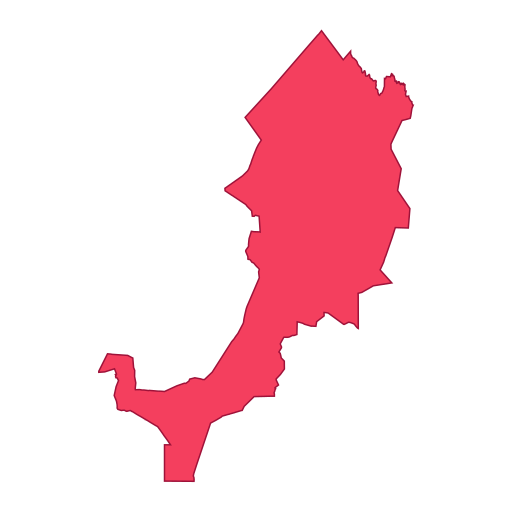 Asunción Ixtaltepec, Oaxaca, Mexico
{"feature_id": "50627088B96030209859485", "entity_name": "Asunción Ixtaltepec", "entity_type": "district", "adm_level": 2, "iso_a3": "MEX", "parent_name": "Mexico", "parent_adm1": "Oaxaca", "projection": "equal_earth", "projection_center": [-94.983, 16.644], "detail": "fine", "context": "isolated", "style": "filled", "palette": "rose", "viewbox_px": 512, "rotation_deg": 0, "n_neighbors": 0, "source": "geoboundaries", "source_scale": "gbopen_adm2", "svg_char_len": 5838}
<svg xmlns="http://www.w3.org/2000/svg" viewBox="0 0 512 512"><path d="M278.5,385.0L276.2,380.0L276.1,379.0L280.4,374.5L284.4,369.0L284.3,361.1L281.3,358.0L281.1,357.2L280.8,355.7L280.2,353.3L278.9,352.0L279.5,351.0L280.4,349.5L281.4,347.9L281.5,347.4L281.5,347.0L281.3,346.4L280.4,344.4L280.3,344.0L280.3,343.7L281.2,342.0L283.7,337.4L284.1,337.2L287.0,337.3L288.2,337.2L289.5,336.9L292.1,335.6L292.7,335.4L293.6,335.5L294.6,335.3L296.9,334.5L296.9,333.9L297.2,321.8L299.8,322.4L302.2,323.1L302.9,323.3L304.4,324.2L311.3,326.2L311.7,326.1L315.9,326.3L316.6,322.0L316.6,321.7L324.1,315.9L324.0,312.5L324.7,312.5L327.6,312.9L328.4,313.2L343.6,324.3L344.1,324.4L345.7,323.7L348.4,322.3L349.2,322.3L350.6,322.6L352.8,323.4L353.9,323.9L354.6,324.4L355.3,325.5L357.0,327.5L357.7,328.2L358.3,328.5L358.2,295.9L358.1,293.3L361.8,292.4L373.3,285.8L391.8,282.9L380.1,269.9L383.6,262.2L384.5,259.3L384.9,257.8L385.8,255.8L392.1,237.6L395.3,227.6L408.3,228.0L409.9,208.6L397.6,190.6L401.2,168.7L391.1,149.2L390.9,144.2L391.9,141.9L402.0,120.5L406.0,119.5L410.2,118.3L410.8,115.8L411.3,112.4L411.9,108.5L413.2,105.2L412.7,105.2L411.8,102.8L411.9,101.8L410.9,101.2L409.4,99.0L408.6,96.9L408.6,96.1L406.2,96.5L405.5,94.3L406.1,91.1L405.3,91.1L404.8,90.4L405.1,89.2L404.8,87.0L405.0,84.7L404.7,84.5L404.5,84.2L404.1,84.5L403.8,84.8L403.4,84.9L403.3,83.3L402.2,83.6L402.2,84.2L401.5,84.3L401.4,84.1L401.2,84.7L401.1,84.0L400.6,84.6L400.3,84.5L400.2,83.4L400.1,83.1L399.8,82.9L399.4,82.9L399.1,82.4L399.1,81.8L398.5,81.7L398.4,82.6L396.8,83.3L396.4,82.3L396.8,81.7L396.4,81.0L395.8,81.0L395.5,81.4L394.8,81.0L394.9,79.4L394.3,77.7L394.3,76.9L393.7,75.8L392.3,75.7L392.7,74.4L391.5,73.7L390.3,76.8L386.5,76.5L385.5,78.7L384.5,78.4L384.4,86.7L384.2,87.2L384.1,87.4L383.9,87.9L383.7,88.8L383.1,90.6L382.4,92.0L382.1,92.7L381.7,93.2L381.4,93.4L381.0,93.4L380.6,93.6L380.4,93.9L380.1,94.6L379.8,95.1L379.4,95.4L378.5,94.5L378.3,93.9L378.2,93.1L377.8,92.3L377.7,91.9L377.8,90.8L377.8,90.4L377.2,89.5L376.9,89.2L376.6,88.9L376.2,88.8L375.9,88.5L375.7,88.0L375.8,87.0L375.9,86.4L376.0,85.9L376.2,85.3L376.1,84.7L376.0,84.4L375.9,83.5L376.2,81.7L376.1,81.2L375.9,80.7L375.5,80.5L375.1,80.4L374.6,80.7L374.2,80.8L373.3,80.9L372.8,80.3L372.4,79.9L371.9,79.1L371.5,78.7L370.9,78.8L370.6,78.6L370.0,77.7L369.6,76.1L369.6,75.4L369.5,75.0L369.1,74.5L367.3,76.1L366.9,76.0L366.5,76.1L366.0,76.1L365.7,75.8L365.5,75.3L365.5,74.8L365.6,74.3L365.3,73.0L365.2,72.2L365.1,71.8L365.0,71.5L364.8,71.1L364.7,70.8L364.2,70.9L363.8,71.9L362.8,72.7L362.5,72.9L362.2,72.7L361.6,70.5L361.5,69.7L361.4,69.0L361.3,68.5L361.0,68.1L360.6,67.7L360.3,67.2L360.0,66.9L359.2,66.2L358.8,65.7L358.1,64.7L357.5,63.5L357.3,62.8L357.1,62.0L356.7,61.3L356.3,60.7L355.9,60.3L355.4,59.7L355.0,59.4L353.9,58.3L353.3,58.1L352.7,57.7L352.1,57.2L351.9,56.5L351.6,55.8L351.2,55.2L350.6,53.7L350.6,51.2L343.2,59.8L321.5,30.7L318.4,34.6L317.8,35.0L313.4,40.1L310.3,43.6L271.1,89.0L245.1,117.4L261.3,140.1L258.4,144.6L256.6,148.1L254.8,152.5L253.6,155.6L253.3,156.2L253.3,156.3L253.2,156.8L252.1,159.6L251.1,162.7L250.5,164.6L250.1,165.1L249.0,168.5L248.4,169.6L247.8,170.6L247.4,171.1L242.5,175.9L224.9,188.3L225.1,190.8L245.8,204.5L247.2,206.4L251.6,210.8L252.3,216.2L254.2,216.3L254.6,215.9L255.2,215.4L255.8,215.3L256.3,215.5L257.5,215.8L258.2,215.9L259.1,216.2L260.2,232.0L259.8,231.9L259.4,231.9L253.8,231.7L251.4,231.3L249.1,238.5L248.9,240.2L248.5,244.6L248.6,246.1L248.4,246.5L248.3,246.8L246.1,249.8L246.0,250.1L245.8,250.5L245.7,250.8L245.7,251.0L245.7,251.3L245.9,251.9L247.7,256.1L247.8,256.4L247.9,256.9L247.9,258.4L248.0,258.8L247.9,259.1L248.3,259.4L249.0,259.4L249.6,259.5L250.3,259.9L252.0,262.3L253.3,262.8L254.0,263.3L255.5,265.2L256.4,266.2L257.4,267.2L258.3,268.0L258.8,268.6L259.3,269.4L259.0,270.6L258.6,271.9L259.3,277.7L259.1,278.3L247.0,306.5L246.2,308.9L244.7,315.3L244.0,318.8L243.5,322.5L242.9,324.0L237.9,333.5L235.7,336.4L234.0,339.0L231.8,341.5L212.2,372.2L204.4,379.6L202.5,379.5L201.8,379.2L200.3,378.8L194.8,377.8L189.7,379.1L188.9,381.1L185.8,383.4L184.4,383.2L176.9,385.8L175.6,386.4L164.5,391.5L160.7,391.2L157.6,391.1L149.2,390.4L148.7,390.6L143.8,390.0L142.0,390.0L139.7,389.6L135.4,389.7L135.2,388.7L135.8,382.9L134.6,376.6L134.7,370.6L134.7,370.4L133.6,367.5L132.8,358.0L132.1,357.7L127.7,355.4L111.5,354.3L111.1,354.1L107.5,353.8L98.8,371.2L98.8,372.3L104.7,371.9L114.5,368.8L116.5,374.0L115.4,374.5L115.9,375.2L115.7,375.3L115.6,376.8L115.8,377.0L115.9,377.7L117.0,377.9L117.4,378.4L118.5,380.6L116.1,386.7L114.2,395.5L114.7,396.8L115.2,398.1L115.5,398.4L115.5,398.9L115.9,399.7L116.5,401.4L116.9,403.5L117.1,404.6L117.2,406.2L117.2,407.1L117.1,408.0L117.8,409.3L120.4,410.2L121.4,410.5L122.7,410.3L123.9,410.2L124.6,410.3L125.5,410.9L126.0,411.1L126.4,411.2L126.8,411.3L129.7,410.6L130.3,410.5L131.5,411.3L131.6,411.2L132.9,411.9L133.7,412.4L136.4,414.1L138.6,415.4L140.8,416.6L141.6,417.1L142.7,417.7L143.7,418.4L144.5,418.8L145.4,419.3L145.4,419.5L145.5,419.5L145.9,419.7L147.6,420.6L149.8,422.0L152.8,423.8L155.6,425.5L157.7,426.6L157.9,427.0L160.2,430.1L163.7,435.1L163.9,435.5L164.0,435.6L167.1,439.8L170.5,444.8L164.5,444.8L164.5,481.1L194.0,481.3L194.1,479.7L194.0,478.8L194.0,478.1L193.8,477.2L193.5,476.5L193.3,475.9L193.5,475.1L193.7,473.8L193.9,473.2L196.8,464.2L201.5,450.2L203.9,443.0L208.1,430.5L208.1,430.3L208.2,430.2L209.7,425.7L210.5,423.2L211.8,422.4L212.2,422.2L215.8,420.3L221.2,417.1L221.6,416.7L222.0,416.3L222.2,416.1L224.4,415.5L224.9,415.3L225.1,415.3L227.4,414.6L229.5,414.1L229.9,413.9L234.3,412.7L235.4,412.3L237.5,411.7L241.1,410.6L242.2,410.4L244.2,406.3L254.1,396.6L263.0,396.4L264.0,396.4L266.1,396.3L270.8,396.2L274.4,396.2L274.4,393.9L274.1,393.1L274.2,392.3L274.5,391.8L274.9,390.6L275.0,389.8L275.3,389.1L275.6,388.8L275.3,388.6L275.1,388.2L275.0,387.7L278.5,385.0Z" fill="#f43f5e" stroke="#9f1239" stroke-width="1.5"/></svg>